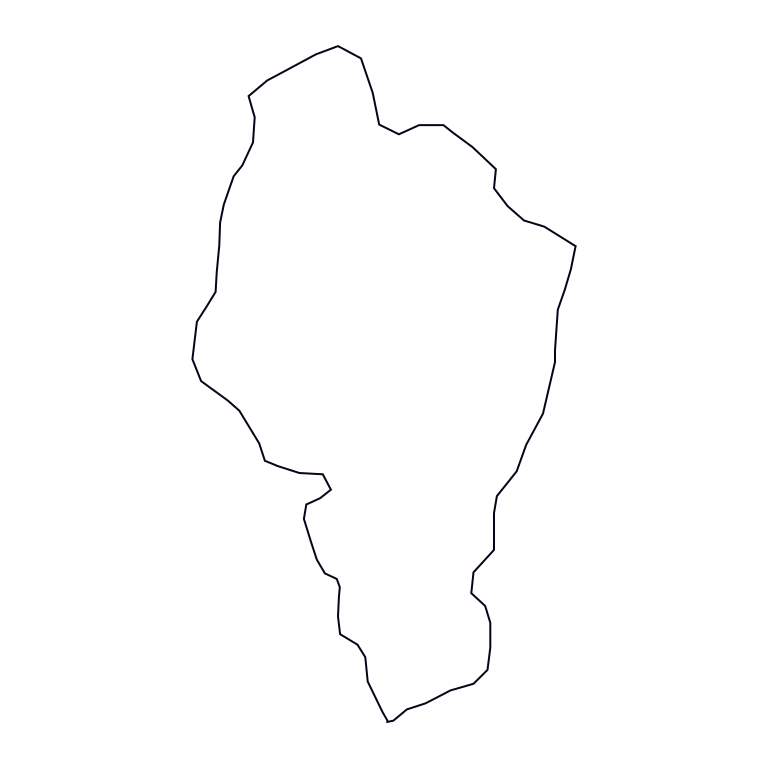 Mouttagiaka, Limassol, Cyprus (Equal Earth projection)
{"feature_id": "46923920B33909276887378", "entity_name": "Mouttagiaka", "entity_type": "district", "adm_level": 2, "iso_a3": "CYP", "parent_name": "Cyprus", "parent_adm1": "Limassol", "projection": "equal_earth", "projection_center": [33.106, 34.719], "detail": "fine", "context": "isolated", "style": "outline", "palette": "ink", "viewbox_px": 768, "rotation_deg": 0, "n_neighbors": 0, "source": "geoboundaries", "source_scale": "gbopen_adm2", "svg_char_len": 1152}
<svg xmlns="http://www.w3.org/2000/svg" viewBox="0 0 768 768"><path d="M387.3,721.9L393.3,720.7L406.9,709.4L425.6,703.3L450.5,690.4L473.4,683.8L474.8,682.5L487.5,669.9L490.3,647.7L490.3,622.8L485.2,606.0L471.3,593.2L473.5,572.3L494.0,549.9L494.0,513.0L496.9,496.1L516.7,471.3L526.2,444.8L543.0,413.6L555.0,362.1L555.0,361.6L555.0,350.3L557.8,309.7L564.8,289.7L570.9,269.2L575.6,246.1L575.3,246.0L544.2,226.6L524.0,220.5L507.6,206.1L494.0,188.2L495.9,169.2L472.5,147.1L452.3,132.2L443.4,125.1L438.9,125.1L419.1,125.1L398.9,134.3L379.2,124.6L372.7,92.8L361.0,58.4L338.0,46.1L316.0,54.3L272.8,77.5L267.3,80.4L248.6,96.1L253.1,111.8L254.7,117.1L253.0,142.4L242.3,165.4L233.7,176.2L229.6,187.9L223.8,204.6L220.1,222.6L219.3,245.2L216.7,272.6L215.6,291.9L206.9,306.1L196.9,321.7L192.4,359.2L201.1,381.1L228.0,400.7L239.4,410.8L259.2,443.4L264.9,460.8L277.8,466.1L299.4,473.0L322.8,474.3L330.9,489.7L320.1,498.2L306.3,504.5L303.9,518.9L311.1,542.2L316.8,559.6L324.9,573.4L336.8,579.0L339.8,587.2L338.9,597.1L338.0,616.5L340.1,634.2L357.5,644.7L365.3,657.2L367.7,681.5L382.5,712.0L387.3,720.4L387.3,721.9Z" fill="none" stroke="#020617" stroke-width="2"/></svg>